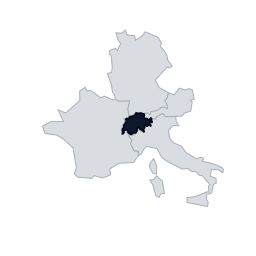 Switzerland shown with its bordering countries, rotated 346°
{"feature_id": "CHE", "entity_name": "Switzerland", "entity_type": "country or territory", "adm_level": 0, "iso_a3": "CHE", "parent_name": "Europe", "parent_adm1": "", "projection": "mercator", "projection_center": [8.313, 46.803], "detail": "fine", "context": "with_neighbors", "style": "filled", "palette": "ink", "viewbox_px": 256, "rotation_deg": 346, "n_neighbors": 4, "source": "natural_earth", "source_scale": "50m", "svg_char_len": 5010}
<svg xmlns="http://www.w3.org/2000/svg" viewBox="0 0 256 256"><g transform="rotate(346 128 128)"><path d="M122.6,97.1L126.0,99.9L136.3,101.9L132.6,109.4L131.7,117.0L129.8,118.8L126.5,117.8L126.7,120.5L121.5,126.4L121.4,131.1L124.8,129.5L127.3,134.0L127.0,136.9L129.1,140.7L126.6,143.8L128.5,151.6L132.3,152.9L131.5,157.2L125.0,162.8L110.9,160.1L100.5,163.3L99.7,169.2L91.4,170.4L83.3,166.0L80.7,168.1L67.6,163.7L64.7,159.9L68.4,153.9L69.8,133.8L62.4,122.8L57.1,117.5L46.2,113.4L45.5,105.6L54.7,103.2L66.8,106.0L64.5,93.6L71.2,98.3L87.9,89.7L90.0,80.5L96.3,78.2L97.3,82.2L100.7,82.4L109.0,92.1L112.7,91.3L120.5,97.3L122.6,97.1ZM140.9,167.6L145.5,163.9L146.7,172.3L144.4,179.7L141.1,177.7L139.4,171.2L140.9,167.6Z" fill="#d9dde1" stroke="#a8b0b8" stroke-width="1"/><path d="M199.7,106.5L199.3,116.0L195.2,116.0L196.6,118.3L192.9,126.8L186.6,127.1L183.0,129.5L166.9,126.0L165.3,122.3L158.2,124.1L157.4,126.1L146.1,122.4L147.0,118.0L149.1,117.4L152.7,120.3L153.8,117.6L160.1,118.0L165.2,116.1L168.6,116.4L170.8,118.6L171.5,116.8L170.5,109.8L173.1,108.5L175.6,103.5L180.9,107.0L187.4,101.7L193.0,105.0L196.4,104.5L199.7,106.5Z" fill="#d9dde1" stroke="#a8b0b8" stroke-width="1"/><path d="M179.3,47.5L181.0,53.7L179.0,56.8L181.6,61.1L183.4,67.3L182.8,71.3L185.8,78.7L182.6,79.8L180.7,78.5L165.9,88.1L167.9,96.1L175.6,103.5L173.1,108.5L170.5,109.8L171.5,116.8L170.8,118.6L168.6,116.4L165.2,116.1L160.1,118.0L153.8,117.6L152.7,120.3L149.1,117.4L147.0,118.0L139.3,114.7L137.8,117.1L131.7,117.0L132.6,109.4L136.3,101.9L126.0,99.9L122.6,97.1L123.0,92.2L121.6,89.7L122.4,82.1L121.2,70.1L125.5,70.1L127.3,65.7L129.1,54.9L127.7,50.9L129.1,48.3L135.1,47.7L136.4,50.3L141.3,44.3L139.6,39.8L139.3,32.7L144.7,34.4L149.3,32.5L149.4,37.3L156.7,40.2L156.6,44.5L163.9,42.2L167.9,38.8L179.3,47.5Z" fill="#d9dde1" stroke="#a8b0b8" stroke-width="1"/><path d="M153.0,124.6L157.4,126.1L158.2,124.1L165.3,122.3L166.9,126.0L177.1,128.6L176.3,133.7L178.0,138.1L172.3,136.6L166.5,140.2L166.0,148.2L168.4,153.2L175.1,158.2L178.7,166.4L186.7,174.2L192.3,174.1L194.0,176.2L192.0,178.1L203.7,184.4L209.8,189.4L210.5,191.1L209.2,194.4L205.2,190.1L199.0,188.5L196.0,194.6L201.2,198.0L200.3,202.8L197.3,203.4L193.5,211.2L190.5,211.9L192.0,204.2L193.6,202.3L188.6,192.2L185.6,191.1L183.5,187.0L178.9,185.3L175.8,181.5L170.5,180.9L158.4,170.3L153.5,164.7L151.3,155.0L141.9,150.5L138.6,151.9L134.5,156.5L131.5,157.2L132.3,152.9L128.5,151.6L126.6,143.8L129.1,140.7L127.0,136.9L127.3,134.0L130.4,136.2L133.8,135.7L137.8,132.2L139.1,133.9L142.5,133.5L144.0,129.4L149.3,130.7L152.5,128.9L153.0,124.6ZM176.6,210.8L189.4,209.0L186.8,216.1L187.9,218.9L186.3,223.5L167.3,214.6L168.3,209.9L176.6,210.8ZM140.6,184.2L144.2,181.3L148.5,188.0L147.5,200.3L144.2,199.7L141.3,202.8L138.6,200.4L138.3,189.1L136.7,183.7L140.6,184.2Z" fill="#d9dde1" stroke="#a8b0b8" stroke-width="1"/><path d="M146.5,118.0L147.2,118.6L147.1,119.4L146.5,120.7L146.2,121.7L146.1,122.5L146.2,122.9L146.3,122.9L146.9,122.9L147.1,122.9L148.0,123.1L148.8,123.4L148.9,123.8L149.0,124.2L149.8,124.7L150.8,125.1L151.1,125.0L152.4,123.7L152.8,123.9L153.1,124.6L153.1,124.9L152.8,126.3L152.7,127.0L153.0,127.5L153.0,127.9L152.9,128.2L152.5,128.3L151.8,128.1L151.3,127.5L150.8,127.6L150.5,127.7L150.3,128.3L150.1,128.9L150.2,129.3L150.4,129.6L150.6,130.2L150.8,130.9L150.9,131.3L150.8,131.5L150.4,131.6L150.2,131.5L149.7,130.5L149.4,130.2L149.0,130.1L148.3,130.3L147.3,130.9L146.9,130.9L146.5,130.8L146.2,130.3L145.9,129.5L145.8,128.9L145.6,128.9L144.9,128.8L144.6,129.0L144.6,129.9L144.5,131.0L144.2,131.7L143.2,132.9L142.9,133.4L142.7,133.8L142.7,134.1L142.8,134.7L143.0,135.2L142.9,135.5L142.4,135.7L142.0,135.3L141.9,134.8L141.1,134.0L141.5,133.3L141.4,133.1L140.1,132.8L139.6,132.3L138.8,131.4L138.7,131.0L138.7,129.8L138.7,129.5L138.6,129.3L138.2,129.3L137.7,129.7L137.2,130.4L136.2,131.1L136.1,131.3L136.5,132.0L136.5,132.3L135.7,133.4L135.5,133.8L134.5,134.5L134.0,134.7L132.6,134.2L132.3,134.1L131.6,134.5L130.7,134.8L129.3,135.1L128.8,134.9L128.6,134.7L128.4,134.3L128.1,133.7L127.7,133.4L127.4,133.0L127.0,132.6L126.8,132.2L127.1,131.1L126.9,130.7L126.7,130.1L126.8,129.7L126.7,129.6L125.4,129.4L124.3,129.5L123.5,129.8L122.9,130.5L123.2,131.3L122.7,131.9L121.9,132.4L121.3,132.4L121.0,132.4L121.0,131.7L121.5,131.5L121.9,131.0L122.1,130.4L122.1,130.0L121.7,129.5L121.7,129.2L122.0,128.6L122.2,128.0L122.4,127.6L123.3,126.8L124.2,126.1L124.3,125.3L124.4,124.3L124.5,124.1L125.7,123.5L126.0,123.2L126.2,122.9L127.1,121.8L128.1,120.7L128.2,120.3L128.4,120.1L128.3,119.8L127.8,119.7L127.7,119.4L128.2,118.7L128.8,118.4L129.4,118.4L129.6,118.5L129.9,119.0L130.3,119.0L130.9,119.0L131.4,118.7L131.7,118.2L131.9,117.8L132.8,117.3L133.4,117.5L135.0,117.6L136.2,117.4L137.0,117.1L137.9,117.1L138.5,117.3L138.8,117.2L139.0,117.1L139.6,116.9L139.6,116.6L138.8,116.6L138.5,116.5L138.4,116.3L138.7,115.8L139.2,115.4L139.7,115.3L140.0,115.4L140.8,116.1L141.0,116.2L141.5,116.1L141.8,116.5L143.6,116.4L144.0,116.4L145.2,117.2L146.5,118.0Z" fill="#0f172a" stroke="#020617" stroke-width="1.5"/></g></svg>